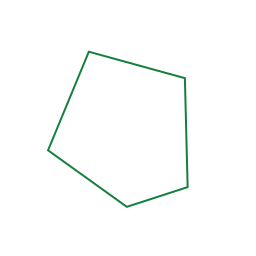 Kagan, Bukhoro, Uzbekistan, rotated 230°
{"feature_id": "79887680B8503255979419", "entity_name": "Kagan", "entity_type": "district", "adm_level": 2, "iso_a3": "UZB", "parent_name": "Uzbekistan", "parent_adm1": "Bukhoro", "projection": "natural_earth1", "projection_center": [64.547, 39.674], "detail": "fine", "context": "isolated", "style": "outline", "palette": "green", "viewbox_px": 256, "rotation_deg": 230, "n_neighbors": 0, "source": "geoboundaries", "source_scale": "gbopen_adm2", "svg_char_len": 234}
<svg xmlns="http://www.w3.org/2000/svg" viewBox="0 0 256 256"><g transform="rotate(230 128 128)"><path d="M211.6,147.0L162.3,52.4L68.4,76.4L44.4,135.7L129.6,203.6L211.6,147.0Z" fill="none" stroke="#15803d" stroke-width="2"/></g></svg>